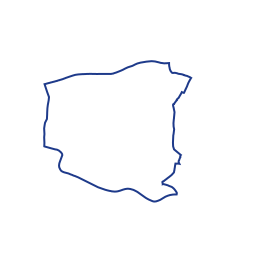 Ba Tri, Bến Tre, Vietnam (orthographic projection), rotated 147°
{"feature_id": "81297802B69586170313052", "entity_name": "Ba Tri", "entity_type": "district", "adm_level": 2, "iso_a3": "VNM", "parent_name": "Vietnam", "parent_adm1": "Bến Tre", "projection": "orthographic", "projection_center": [106.572, 10.071], "detail": "fine", "context": "isolated", "style": "outline", "palette": "blue", "viewbox_px": 256, "rotation_deg": 147, "n_neighbors": 0, "source": "geoboundaries", "source_scale": "gbopen_adm2", "svg_char_len": 4385}
<svg xmlns="http://www.w3.org/2000/svg" viewBox="0 0 256 256"><g transform="rotate(147 128 128)"><path d="M208.2,158.2L207.9,157.8L203.5,152.8L200.7,149.7L200.1,149.2L199.2,148.3L198.2,146.6L197.4,143.8L197.4,142.9L197.4,142.1L197.9,141.0L199.9,139.5L203.0,137.2L204.8,135.8L205.6,134.9L206.4,133.9L207.0,132.6L207.1,132.4L207.4,130.2L207.4,128.7L206.8,127.2L205.7,125.6L202.7,122.3L202.3,121.7L201.9,121.1L201.4,120.3L200.8,119.6L200.3,118.9L199.9,118.2L199.4,117.5L198.7,116.7L198.5,116.4L196.7,113.8L185.5,94.8L185.3,94.5L183.9,92.7L182.6,91.0L181.5,89.6L180.9,88.8L179.5,87.2L177.9,85.5L176.6,84.3L176.2,83.8L174.8,82.7L173.8,81.9L172.4,81.1L171.1,80.5L170.2,80.2L168.6,79.7L165.7,79.0L163.8,78.4L162.4,77.8L161.4,77.3L160.6,76.7L159.3,75.6L157.9,74.0L157.2,73.2L156.7,72.4L156.0,71.2L155.5,70.3L154.9,69.2L154.0,66.9L153.8,66.4L151.3,60.1L150.9,59.2L150.1,57.7L149.5,56.6L148.5,55.1L147.8,54.0L146.9,52.8L146.0,52.0L144.5,51.2L142.3,50.6L140.1,50.2L136.8,50.1L134.0,50.0L131.4,49.5L129.3,48.9L127.7,48.2L126.3,47.6L124.9,46.7L123.4,45.8L122.5,46.8L122.4,47.0L122.3,47.9L122.3,49.1L122.4,50.9L122.6,52.3L122.9,53.3L123.1,54.0L123.5,54.9L125.0,56.9L125.8,58.2L126.2,58.7L126.7,59.3L127.4,60.1L127.6,60.3L128.2,61.0L128.8,61.6L129.1,61.8L129.4,61.9L129.3,62.0L129.2,62.5L129.1,62.8L128.9,63.2L128.8,63.5L128.7,63.8L128.6,64.0L128.4,64.1L128.0,64.1L127.5,64.1L126.9,64.0L126.5,64.0L126.4,64.0L126.1,64.1L125.6,64.1L124.7,64.2L124.3,64.2L123.0,64.3L122.2,64.4L120.4,64.5L118.4,64.7L117.3,64.8L117.2,64.8L114.5,65.5L113.8,65.7L113.6,65.8L113.4,66.0L112.5,67.0L112.1,67.3L111.2,68.4L110.6,69.0L109.9,69.8L109.2,70.6L107.6,72.3L106.9,71.8L106.1,71.3L105.4,70.9L105.2,70.8L105.1,70.7L104.8,70.3L104.6,70.2L104.4,70.0L104.3,70.7L104.3,71.0L104.1,71.7L103.7,72.4L103.5,72.7L103.2,72.9L102.7,73.1L102.2,73.6L101.6,74.0L100.8,74.6L100.3,74.8L100.1,74.9L99.9,75.1L99.9,75.3L99.8,75.6L99.4,75.9L99.2,76.2L98.9,76.5L98.4,76.6L100.5,83.3L101.0,85.0L100.2,87.9L100.1,88.1L99.7,88.8L98.3,91.2L94.0,97.2L93.1,98.1L90.0,101.8L89.2,103.8L88.9,104.5L88.3,105.5L87.5,106.8L87.2,107.4L87.1,107.5L86.9,107.7L85.9,109.0L84.7,110.5L84.4,110.8L83.8,111.6L82.6,113.1L80.4,115.9L80.2,116.3L80.0,116.9L79.6,117.8L79.4,118.5L79.1,119.1L78.9,119.6L78.8,120.0L78.7,120.1L78.5,120.8L78.3,121.3L78.2,121.6L78.1,122.0L77.8,122.5L77.7,122.7L77.5,123.0L77.2,123.2L77.0,123.3L76.8,123.3L76.5,123.1L76.3,123.0L76.2,123.1L75.7,123.4L74.4,123.9L73.9,124.1L72.5,124.6L71.9,124.7L71.9,124.9L71.9,125.0L71.7,125.2L71.4,125.3L71.0,125.4L70.0,125.6L69.9,125.6L69.4,125.6L69.2,125.7L69.0,125.8L68.5,126.0L67.8,126.4L67.4,126.6L67.0,126.8L66.0,127.3L65.0,127.8L64.6,128.0L63.8,128.5L63.5,128.7L63.3,128.8L63.1,128.4L62.5,127.7L62.1,127.1L61.9,127.0L60.1,128.1L58.9,128.9L58.7,129.1L58.3,129.2L57.9,129.5L57.1,130.0L55.8,130.8L55.4,131.1L54.9,131.5L52.6,133.1L52.2,133.3L50.8,134.1L50.2,134.4L49.2,134.9L48.7,135.2L48.4,135.4L47.8,135.6L48.2,136.5L48.4,136.9L49.3,138.2L50.1,139.5L51.1,140.5L52.1,141.7L52.2,141.8L52.3,141.9L52.2,142.0L52.3,142.1L52.7,142.7L53.1,143.2L54.2,144.3L54.8,144.8L55.8,145.7L56.3,146.1L56.8,146.9L58.1,148.3L59.0,149.0L60.2,149.6L60.6,149.9L60.9,150.2L61.0,150.5L61.1,150.9L61.2,152.7L61.2,153.0L61.0,153.9L60.8,154.8L60.3,155.9L59.8,157.3L58.9,159.0L58.2,160.1L60.0,161.1L61.1,161.7L61.5,162.0L62.1,162.3L62.9,162.9L63.9,163.8L65.0,164.7L66.6,166.5L66.9,166.8L69.1,169.1L71.8,171.2L76.4,173.6L81.9,176.0L85.0,177.0L87.4,177.4L89.5,177.6L90.8,177.8L92.9,178.4L95.2,179.0L98.0,179.4L100.4,179.6L102.4,179.9L105.0,180.4L107.9,181.0L109.6,181.5L110.7,181.7L111.8,182.2L112.8,182.6L115.0,184.0L120.7,187.7L125.2,190.6L129.8,193.7L132.8,195.6L134.6,196.6L136.9,198.0L140.5,200.0L143.3,201.3L145.6,202.0L149.0,202.9L151.8,203.6L153.4,204.0L153.7,204.0L154.2,204.1L154.9,204.3L155.4,204.4L155.9,204.5L156.5,204.6L156.9,204.8L157.5,204.9L158.0,205.1L158.4,205.2L158.9,205.4L159.6,205.5L160.0,205.7L160.6,205.9L161.2,206.0L161.7,206.1L162.1,206.3L162.5,206.4L163.1,206.6L163.6,206.8L164.2,206.9L164.7,207.1L165.2,207.3L165.6,207.4L166.1,207.6L166.8,207.8L167.4,208.0L168.1,208.3L168.7,208.4L169.8,208.8L171.0,209.2L172.3,209.6L173.1,209.8L173.5,210.0L174.1,210.2L176.2,202.2L177.4,197.0L179.4,194.5L182.7,191.0L184.8,188.5L187.2,185.2L188.5,183.3L191.1,179.7L194.7,177.6L196.2,176.0L198.5,173.4L201.4,168.4L203.4,165.8L206.3,160.9L208.1,158.4L208.2,158.2Z" fill="none" stroke="#1e3a8a" stroke-width="2"/></g></svg>